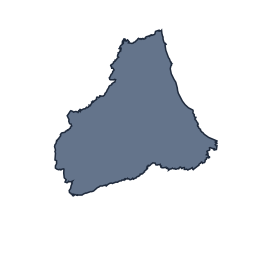 outline of Batang, Jawa Tengah, Indonesia, rotated 53°
{"feature_id": "22746128B4894534477686", "entity_name": "Batang", "entity_type": "district", "adm_level": 2, "iso_a3": "IDN", "parent_name": "Indonesia", "parent_adm1": "Jawa Tengah", "projection": "equal_earth", "projection_center": [109.867, -7.032], "detail": "fine", "context": "isolated", "style": "filled", "palette": "slate", "viewbox_px": 256, "rotation_deg": 53, "n_neighbors": 0, "source": "geoboundaries", "source_scale": "gbopen_adm2", "svg_char_len": 5741}
<svg xmlns="http://www.w3.org/2000/svg" viewBox="0 0 256 256"><g transform="rotate(53 128 128)"><path d="M148.0,213.3L149.3,212.5L149.4,211.7L149.1,210.7L149.5,210.1L150.5,209.7L151.0,208.8L151.8,209.5L150.9,208.6L151.7,208.0L153.9,205.0L153.9,203.2L154.6,200.7L155.0,200.4L156.3,196.1L157.0,195.3L157.6,193.4L157.2,188.2L157.6,187.0L157.6,185.1L159.0,183.2L159.2,182.2L159.7,181.2L160.5,180.6L160.3,180.0L161.2,180.1L161.0,178.1L161.2,176.0L161.9,174.5L163.0,173.8L163.3,172.2L163.7,171.5L163.6,170.8L165.1,168.8L165.0,167.9L165.3,166.5L166.2,165.1L165.9,164.1L166.8,163.2L166.7,160.8L167.0,160.6L167.5,161.2L167.5,160.3L168.0,159.4L167.9,158.7L168.6,158.8L169.1,157.9L170.1,157.8L170.8,157.1L171.1,155.9L171.0,154.6L171.6,154.8L172.2,154.5L172.0,153.6L172.4,153.2L172.4,152.1L172.8,151.7L172.4,150.3L172.6,149.2L173.1,148.6L172.8,147.6L173.0,147.1L172.2,146.0L172.8,145.4L172.8,144.5L173.2,144.3L173.3,144.0L172.9,141.8L173.0,141.3L172.4,140.9L172.3,138.3L171.6,137.5L172.2,137.0L171.9,136.6L171.5,136.8L170.6,136.4L170.2,135.7L170.8,135.4L170.1,134.3L171.0,134.0L171.1,133.0L170.7,130.9L170.9,130.4L170.7,129.4L170.9,128.9L171.6,128.5L172.2,127.5L174.3,127.9L175.3,126.7L175.4,126.0L176.1,125.1L176.4,124.1L177.5,124.7L178.5,124.3L178.7,125.2L179.3,125.3L180.2,124.8L181.1,123.6L182.3,121.3L182.7,121.6L183.4,121.5L183.7,121.3L183.8,120.5L184.7,120.8L185.5,120.1L186.1,120.9L186.2,118.8L186.7,118.2L186.8,116.7L187.4,116.6L188.3,115.8L188.5,114.9L189.3,115.0L189.8,114.5L190.4,112.6L191.1,112.1L191.1,111.7L190.5,110.9L190.6,109.8L191.3,109.4L192.5,109.7L192.9,109.3L192.7,108.2L193.5,106.8L194.9,108.0L195.5,107.3L196.2,105.9L197.6,105.5L197.7,104.1L198.2,102.8L198.3,100.6L200.2,101.1L200.6,100.9L200.3,99.4L200.4,98.7L200.3,95.1L200.5,93.9L199.8,93.4L199.6,92.0L199.8,91.3L199.4,90.4L199.5,89.6L200.9,89.7L200.8,89.0L201.3,88.6L201.6,87.6L201.1,86.6L200.0,85.6L200.1,84.2L199.1,83.3L199.3,82.6L200.4,81.7L200.6,80.7L200.1,80.3L198.7,80.9L197.8,80.2L196.5,81.5L196.3,81.0L196.5,79.5L195.4,79.1L194.5,79.4L194.1,78.9L194.1,78.4L194.7,76.7L194.6,75.8L192.8,74.8L193.0,74.2L195.6,72.6L196.4,71.5L197.1,71.4L197.2,72.5L197.5,72.4L198.4,70.3L196.0,67.9L196.0,68.5L195.0,68.2L193.9,68.5L193.7,66.3L192.9,66.8L191.7,66.8L191.7,66.5L192.5,65.6L191.9,64.7L184.0,69.3L178.9,70.9L176.6,71.0L175.9,71.5L174.8,71.3L174.1,71.7L173.3,71.5L172.7,70.9L170.9,71.5L169.5,71.0L168.8,71.4L167.9,71.0L167.7,70.2L167.2,70.3L167.0,69.7L166.4,69.3L166.2,69.5L162.5,69.1L161.6,69.4L160.7,68.7L160.7,67.9L160.5,67.6L160.3,68.0L160.0,67.8L159.1,68.1L157.9,67.8L157.4,67.1L155.0,67.1L153.6,65.7L152.7,65.4L148.2,67.6L143.6,68.4L139.2,68.4L130.5,66.9L127.8,65.8L125.8,64.6L120.2,62.3L116.8,62.0L110.7,60.8L106.1,58.6L104.2,56.4L104.1,55.6L103.3,55.0L103.2,54.5L102.9,54.8L102.5,54.3L102.2,54.5L101.4,53.9L100.8,54.3L98.0,53.4L96.1,53.3L88.6,51.0L84.0,48.5L84.1,47.2L82.9,47.2L82.9,47.6L82.1,47.8L80.6,47.5L78.1,46.5L76.3,45.2L75.9,45.3L72.8,44.0L70.2,42.4L70.4,43.1L69.8,43.7L69.4,44.8L68.7,44.3L68.4,44.8L67.4,47.9L69.1,50.0L69.2,50.6L68.4,53.2L68.2,53.4L67.8,53.1L67.5,53.7L67.7,54.5L67.4,54.6L67.5,55.0L67.1,55.9L67.4,56.1L66.8,56.5L66.5,57.9L66.1,58.3L66.2,59.8L67.0,60.0L66.8,61.3L66.2,61.8L66.2,62.2L65.6,62.2L65.5,62.8L65.2,62.8L65.1,64.0L64.7,63.9L64.6,64.4L64.0,64.5L63.9,65.2L62.7,65.6L62.7,66.3L63.2,67.4L63.1,68.8L63.6,70.1L63.3,71.1L63.4,71.5L63.0,72.1L63.3,72.6L62.9,73.9L60.2,76.4L59.8,75.2L57.5,75.3L57.3,75.4L57.5,75.8L57.4,76.7L56.4,76.6L57.5,77.0L57.3,77.3L56.2,77.4L55.4,76.8L54.4,77.5L54.6,78.3L55.9,78.7L55.2,79.9L55.7,80.6L56.0,80.8L56.5,79.9L57.5,80.7L57.2,81.2L56.8,81.2L56.8,81.6L57.8,81.9L57.8,84.2L58.5,85.9L59.3,86.3L59.2,87.3L59.5,87.3L59.8,86.7L59.7,85.8L59.9,85.5L60.6,85.8L60.9,86.7L61.4,86.7L61.5,87.7L62.1,87.7L62.0,88.9L62.4,89.7L62.1,90.7L62.9,90.9L63.4,92.2L64.3,93.2L65.8,92.9L65.8,94.6L66.5,96.3L66.0,97.6L66.9,98.2L66.6,99.9L67.4,100.6L67.6,101.8L67.3,103.3L67.6,104.2L68.5,104.4L68.8,104.1L69.3,104.6L69.8,104.4L70.5,105.0L71.3,104.0L73.2,104.2L73.6,104.9L73.6,106.1L74.5,107.0L75.0,108.2L75.1,109.3L76.4,111.6L76.6,112.7L78.2,113.3L78.9,113.0L80.8,110.6L81.0,109.6L81.9,108.8L83.4,111.0L83.1,111.5L82.9,113.8L82.9,114.2L83.6,114.8L83.2,117.4L83.7,118.7L84.2,119.2L85.2,121.9L85.7,122.6L86.4,124.1L86.5,125.6L87.1,126.0L87.6,127.2L87.6,128.9L86.7,129.6L86.4,130.8L85.7,130.7L85.3,131.1L86.2,132.6L86.1,133.2L84.7,134.0L84.6,134.3L85.3,135.4L86.2,135.7L86.1,139.0L85.5,139.8L86.4,140.0L86.4,140.3L86.1,140.9L85.5,141.0L85.4,141.4L86.2,141.6L86.5,142.2L86.7,143.3L87.5,144.5L86.4,145.2L87.2,145.6L87.0,146.4L87.3,146.5L87.5,147.3L87.2,148.4L86.4,148.7L86.9,150.5L86.0,152.1L85.7,154.2L85.3,154.5L85.7,155.3L84.9,154.8L84.3,155.1L84.6,156.2L84.5,156.8L85.4,157.0L85.2,157.7L85.4,158.3L85.0,158.2L84.6,159.0L84.2,159.0L83.3,159.9L82.5,162.0L81.6,162.1L79.8,163.2L79.9,164.2L81.0,167.1L81.6,169.2L85.7,170.0L86.9,171.2L89.0,171.9L89.7,171.9L90.6,171.1L91.7,171.6L92.5,171.7L92.7,173.5L93.5,174.2L93.3,175.3L93.7,176.7L93.2,177.3L93.5,177.4L93.5,178.0L93.0,179.9L93.4,180.4L93.4,181.1L92.1,183.7L92.1,184.6L92.7,186.1L93.1,186.0L93.8,186.7L94.5,189.4L95.0,190.0L94.7,190.8L95.2,191.9L95.0,192.4L95.6,192.5L95.6,193.2L97.1,194.9L97.3,196.2L98.7,197.9L101.2,198.8L102.3,199.5L102.7,200.4L104.5,201.1L109.6,205.6L111.1,204.7L111.6,205.1L113.6,206.6L114.5,208.7L116.3,210.1L118.2,209.5L119.7,208.4L120.0,207.2L120.7,207.2L121.2,206.5L121.1,205.6L121.9,204.0L122.3,203.9L125.2,206.4L129.4,208.9L132.1,208.5L133.2,210.8L135.0,209.7L135.2,208.7L134.8,207.5L135.8,207.0L136.7,205.6L137.0,204.4L137.2,205.1L137.8,205.5L138.0,206.0L138.5,205.8L139.9,208.2L141.8,210.3L142.5,212.6L144.4,213.6L145.9,212.9L146.6,213.1L147.3,212.5L147.5,211.9L148.9,210.8L149.0,212.0L148.0,213.3Z" fill="#64748b" stroke="#1e293b" stroke-width="1.5"/></g></svg>